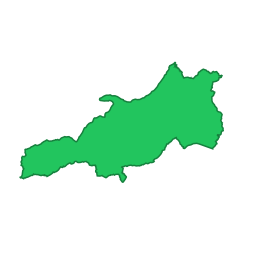 Tachileik, Shan, Myanmar, rotated 199°
{"feature_id": "60261553B30441775870549", "entity_name": "Tachileik", "entity_type": "district", "adm_level": 2, "iso_a3": "MMR", "parent_name": "Myanmar", "parent_adm1": "Shan", "projection": "mercator", "projection_center": [100.149, 21.048], "detail": "fine", "context": "isolated", "style": "filled", "palette": "green", "viewbox_px": 256, "rotation_deg": 199, "n_neighbors": 0, "source": "geoboundaries", "source_scale": "gbopen_adm2", "svg_char_len": 5790}
<svg xmlns="http://www.w3.org/2000/svg" viewBox="0 0 256 256"><g transform="rotate(199 128 128)"><path d="M41.1,135.9L41.3,136.6L41.0,137.4L40.2,138.6L39.6,140.2L39.7,140.7L39.4,141.5L38.8,142.0L38.9,142.3L40.8,143.9L40.1,144.7L39.8,145.4L39.9,145.9L39.5,146.0L39.3,146.6L39.1,147.4L39.3,147.9L38.9,148.8L38.9,149.4L40.2,149.7L40.6,150.1L41.1,150.3L41.1,150.6L40.9,150.9L38.9,151.1L38.1,152.2L38.4,155.1L38.2,155.6L37.2,156.3L37.2,156.8L37.7,157.4L37.9,158.4L38.3,159.0L39.6,159.9L40.0,160.5L40.0,161.9L40.7,162.9L40.5,163.5L41.5,164.0L42.1,164.8L42.7,165.2L42.8,166.4L42.5,167.1L42.8,167.9L43.2,168.3L43.4,171.3L43.9,171.8L45.6,172.9L48.2,172.8L49.6,173.5L50.1,175.2L50.8,175.9L53.2,177.2L53.7,178.0L55.9,179.3L56.8,180.1L57.6,181.3L58.9,184.8L57.9,186.2L57.7,187.3L57.8,188.0L57.5,189.5L57.8,190.2L58.9,190.1L59.9,190.7L61.1,190.0L62.0,190.4L61.8,193.0L62.1,193.6L61.5,193.7L61.5,193.9L62.0,194.5L62.3,195.6L62.2,196.6L62.6,197.9L62.6,199.3L60.9,200.2L59.6,201.1L58.3,202.6L58.0,203.3L58.3,205.1L57.0,205.7L56.4,206.2L56.2,208.1L56.9,208.2L57.7,207.4L58.9,207.1L60.2,208.9L61.0,208.9L61.9,209.8L62.8,210.1L64.5,209.0L65.8,209.2L66.6,208.1L66.5,207.6L66.6,207.2L67.9,206.3L68.8,207.0L69.3,206.8L70.4,207.6L71.4,207.3L72.9,208.1L76.0,208.1L77.6,206.2L78.7,204.2L79.3,203.8L79.5,202.7L79.2,202.1L79.4,200.8L79.7,200.2L80.4,199.8L81.0,199.1L82.3,196.0L84.7,195.7L84.9,196.0L85.3,195.4L87.9,195.5L90.6,194.2L91.3,193.5L91.8,193.5L92.5,194.5L93.6,195.3L95.0,197.2L94.9,198.1L95.2,198.4L96.4,198.9L96.9,198.5L97.2,199.1L97.9,199.0L98.0,199.8L98.6,199.9L99.4,200.8L99.9,201.0L100.2,201.0L100.4,200.6L100.6,200.7L100.9,201.1L101.5,201.2L101.9,201.9L101.9,201.1L102.1,200.9L102.6,201.5L102.6,202.1L102.8,202.2L103.5,201.6L103.4,202.0L102.9,202.6L103.2,203.0L103.0,203.4L103.7,203.3L104.1,202.7L104.3,202.8L104.1,203.3L105.0,204.2L104.4,204.4L104.2,204.9L104.6,205.3L105.0,205.2L105.4,203.9L108.8,200.4L109.0,198.5L108.4,197.3L108.5,196.3L109.6,193.3L109.4,191.2L110.2,190.5L110.6,189.5L110.6,187.8L112.5,181.5L113.3,179.6L113.7,176.6L115.1,173.0L115.8,171.6L117.1,170.5L117.5,169.7L117.8,168.2L119.6,165.6L121.2,164.4L122.8,161.6L123.7,161.3L126.1,158.8L128.6,157.8L130.5,157.6L132.4,156.2L133.0,155.5L133.6,153.9L134.3,153.2L137.7,152.3L138.7,152.5L140.3,152.4L141.1,152.7L141.7,153.2L143.9,153.1L148.1,154.2L150.8,154.2L153.5,153.2L155.6,153.5L157.2,152.6L158.8,152.1L159.9,151.4L161.4,150.0L163.0,147.8L164.1,147.1L164.3,146.5L164.2,145.7L163.8,145.2L163.2,145.0L159.3,145.8L156.5,146.9L155.4,147.1L154.9,147.8L154.3,148.1L152.8,148.2L151.2,147.8L150.0,146.7L149.5,146.0L149.7,145.1L150.2,144.0L150.8,141.5L150.8,139.8L151.3,137.8L152.0,136.6L153.8,135.2L154.2,133.8L154.0,132.6L153.4,131.0L153.7,130.6L155.9,130.1L157.4,130.4L158.4,130.3L159.8,128.8L160.4,127.9L161.5,127.1L162.9,126.6L163.3,125.9L163.4,125.2L163.4,122.8L163.6,122.0L164.3,121.2L165.2,120.7L166.3,119.6L167.4,117.4L167.9,114.9L169.1,114.0L169.3,113.4L169.6,109.0L170.8,104.4L171.3,103.7L171.3,101.7L172.0,98.6L172.5,98.1L173.0,98.1L175.8,98.9L177.9,100.1L179.7,100.2L181.0,100.6L183.8,99.3L184.9,99.3L187.8,96.8L188.9,94.4L189.4,94.0L190.6,94.3L191.0,94.1L191.4,93.5L192.6,93.4L193.3,92.5L194.2,92.1L195.9,90.8L198.6,89.8L200.4,90.2L201.1,90.1L201.7,89.1L203.0,87.9L204.5,85.9L205.0,84.7L206.8,82.9L207.6,82.2L208.5,81.8L210.2,81.9L212.4,79.4L213.4,78.6L214.3,77.0L216.0,75.8L216.5,75.1L218.0,74.5L218.3,74.1L217.5,72.2L217.4,71.4L215.6,69.2L216.5,67.2L218.6,66.8L218.8,65.2L218.0,63.8L217.8,62.5L218.1,61.6L217.9,60.9L217.5,60.3L216.9,60.1L216.9,57.9L215.2,57.6L214.0,55.8L213.4,55.8L213.2,55.5L213.6,53.4L212.7,48.9L212.8,48.0L213.2,46.9L213.9,46.3L213.4,45.9L212.3,46.3L210.1,46.1L209.9,46.9L209.2,47.4L208.6,47.4L207.9,48.3L206.8,48.9L204.0,51.7L202.7,52.2L202.4,53.7L201.4,53.5L200.5,54.0L199.1,54.2L197.7,54.7L197.3,54.6L194.7,54.7L193.7,55.5L192.5,55.9L191.8,55.7L191.6,55.9L192.0,56.3L191.8,56.5L191.5,56.6L191.1,56.2L190.7,56.0L189.5,56.4L188.8,55.8L186.2,58.6L184.8,60.6L184.4,62.0L183.8,61.8L183.3,61.9L182.6,62.7L181.4,63.6L180.1,65.7L179.1,69.3L177.3,69.3L177.1,69.5L176.7,70.8L176.0,70.4L175.0,71.2L173.7,73.7L171.9,75.8L171.0,76.1L170.3,75.5L169.6,75.6L168.2,76.7L167.7,77.4L167.5,78.8L166.3,79.6L164.4,79.1L163.6,79.2L161.9,79.9L160.6,80.8L160.1,81.4L158.9,81.3L157.9,82.2L156.4,82.8L155.3,82.2L154.0,82.2L152.4,80.4L149.7,80.6L149.5,81.1L148.2,81.6L147.7,81.5L147.1,82.2L146.5,81.9L146.1,81.6L145.9,80.9L145.4,80.5L145.4,80.1L145.1,79.4L144.2,78.8L144.7,77.7L144.4,76.4L143.9,75.8L143.0,75.8L142.7,74.9L141.5,72.7L139.0,73.4L137.7,74.1L137.1,74.7L136.1,74.3L132.9,73.8L132.3,74.1L130.7,76.8L129.3,77.5L129.2,78.1L127.8,78.4L126.6,79.5L125.6,79.0L124.5,80.2L122.1,81.1L120.5,80.4L120.3,79.7L119.9,79.0L118.7,77.9L118.4,76.8L115.7,75.0L114.9,75.4L113.9,78.9L113.6,81.0L113.7,81.3L115.3,82.3L115.8,82.3L116.4,83.2L117.2,83.4L117.7,83.1L118.4,83.6L119.1,83.7L119.1,84.0L118.6,84.2L119.1,85.1L119.1,85.9L119.4,86.6L119.3,87.4L119.4,88.1L120.2,88.8L121.1,89.0L121.0,89.3L119.9,90.0L119.2,90.3L118.6,91.1L117.7,91.5L116.8,91.3L116.0,91.7L115.7,92.5L113.2,93.8L112.5,93.9L111.8,93.7L109.9,94.7L107.9,94.8L105.4,95.9L104.9,95.9L104.4,96.2L104.2,96.7L103.4,96.9L102.9,97.9L101.6,98.2L101.0,99.1L100.5,99.4L99.8,100.5L97.6,100.7L95.8,102.6L94.1,103.1L92.7,104.2L92.4,105.1L93.4,105.6L93.3,106.2L92.4,107.7L91.6,108.2L90.5,109.4L89.4,111.6L88.5,113.8L88.0,116.4L88.2,117.9L86.3,119.3L86.6,121.7L86.2,122.5L86.1,125.5L85.6,125.6L84.6,126.3L84.7,126.7L84.4,127.5L83.8,127.8L83.5,128.8L82.9,129.2L81.9,132.1L80.8,133.0L80.2,134.0L79.3,134.6L79.2,133.9L78.6,133.6L76.6,133.0L75.9,132.4L75.0,132.0L73.3,129.7L71.9,129.3L70.9,128.3L70.2,128.0L69.5,128.3L69.0,126.9L68.2,126.9L67.7,127.2L66.2,130.2L65.3,131.2L63.0,132.6L61.1,134.5L58.0,135.9L55.6,136.1L41.1,135.9Z" fill="#22c55e" stroke="#15803d" stroke-width="1.5"/></g></svg>